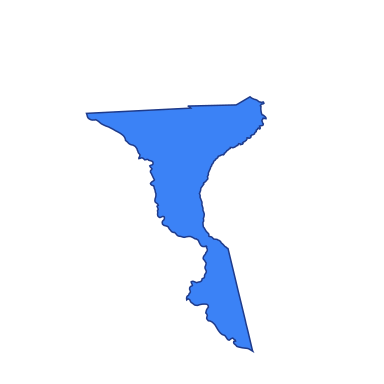 Nova Esperança do Piriá, Pará, Brazil, rotated 299°
{"feature_id": "56859067B92055501543930", "entity_name": "Nova Esperança do Piriá", "entity_type": "district", "adm_level": 2, "iso_a3": "BRA", "parent_name": "Brazil", "parent_adm1": "Pará", "projection": "robinson", "projection_center": [-46.972, -2.395], "detail": "fine", "context": "isolated", "style": "filled", "palette": "blue", "viewbox_px": 384, "rotation_deg": 299, "n_neighbors": 0, "source": "geoboundaries", "source_scale": "gbopen_adm2", "svg_char_len": 6074}
<svg xmlns="http://www.w3.org/2000/svg" viewBox="0 0 384 384"><g transform="rotate(299 192 192)"><path d="M265.1,146.6L265.4,148.6L264.8,150.3L242.4,114.3L212.8,66.7L209.6,61.6L209.0,62.3L208.3,63.0L207.2,64.0L206.4,65.2L206.1,66.5L206.1,67.4L206.2,68.7L206.6,69.9L207.5,71.4L208.0,72.3L208.6,72.7L208.6,74.1L208.5,75.4L208.3,76.7L207.9,78.5L207.7,79.7L207.8,82.6L208.0,85.0L208.3,86.4L208.5,88.0L208.5,89.5L208.6,92.4L208.5,95.9L208.6,97.3L208.6,100.5L208.5,101.5L208.3,103.1L208.0,104.6L207.7,105.4L207.2,106.4L206.8,107.0L205.9,108.1L205.0,108.7L204.6,110.1L204.5,111.1L203.8,113.1L203.7,114.6L203.8,115.7L204.4,117.7L204.4,119.5L204.3,120.4L203.1,123.0L202.3,123.6L201.8,124.4L201.1,125.2L200.5,125.8L200.1,126.5L199.9,127.2L199.4,128.3L198.8,128.7L197.5,129.0L196.5,128.9L195.5,129.3L196.2,130.3L197.0,130.8L197.6,131.7L197.8,133.0L197.2,135.1L198.1,136.2L198.8,136.9L199.1,137.9L198.8,138.9L199.0,139.7L199.4,141.2L199.5,142.3L199.2,143.3L197.9,144.2L196.9,144.3L196.0,143.6L195.3,142.9L194.4,142.4L193.7,143.3L193.4,144.5L192.8,145.8L191.8,145.8L190.9,145.4L190.1,145.5L189.1,146.2L188.6,147.2L188.2,147.9L187.7,148.4L187.2,149.2L185.8,151.1L184.4,153.2L183.7,153.2L181.3,151.9L179.4,151.5L178.8,152.1L178.5,153.3L178.6,154.6L178.9,155.3L177.9,156.5L176.7,157.4L176.1,158.4L173.7,160.4L173.0,161.4L171.9,161.8L171.4,162.2L169.9,162.7L168.2,163.0L166.5,163.7L165.5,164.5L165.2,165.6L164.9,167.7L164.0,169.0L162.6,168.3L161.5,169.7L161.1,170.3L160.2,171.0L159.3,170.7L158.6,171.1L157.4,172.0L155.9,172.6L155.2,173.1L154.5,173.7L154.2,174.5L154.0,175.5L154.1,176.3L154.7,176.9L155.3,177.3L156.1,177.9L156.6,178.5L156.8,179.7L156.2,180.3L155.2,180.8L154.0,180.9L152.9,180.5L151.9,180.4L150.7,180.8L149.5,181.9L149.2,183.7L149.4,184.4L149.7,185.6L150.0,187.2L149.9,188.1L148.6,190.2L148.1,191.8L147.7,192.6L147.4,193.7L147.6,195.3L148.2,196.3L148.0,197.1L147.5,198.7L146.9,200.2L146.9,201.3L147.1,202.2L147.7,203.7L148.2,206.1L148.6,207.2L149.1,207.8L150.0,208.7L151.6,210.8L152.1,211.8L152.4,212.5L152.6,214.9L152.5,217.6L153.1,218.3L152.9,219.9L152.9,220.8L151.2,223.0L150.1,224.7L149.7,225.4L149.4,226.8L149.5,227.7L150.1,229.1L150.8,229.8L151.6,230.6L151.3,231.4L150.3,231.6L150.0,232.4L149.0,233.4L147.7,233.8L146.7,233.8L145.7,233.5L145.0,233.8L144.3,233.8L141.7,233.4L140.5,233.5L139.4,233.9L138.8,234.5L138.5,235.3L138.2,236.2L137.1,238.1L136.8,238.8L135.7,239.2L134.7,239.5L133.9,239.6L132.7,239.7L131.6,240.4L131.1,241.0L130.4,242.0L129.8,242.8L128.8,243.3L127.4,243.4L126.5,243.2L125.6,243.3L124.6,243.6L123.7,244.2L122.8,244.2L122.1,243.7L121.0,242.9L119.5,243.4L118.6,243.3L117.8,242.9L117.1,242.3L116.3,241.2L115.0,240.1L114.8,238.8L114.6,236.9L114.4,236.1L113.9,235.4L112.9,234.8L112.1,235.7L111.2,237.0L110.4,237.7L109.5,237.2L108.6,236.5L107.1,236.4L105.8,237.0L105.1,237.9L103.9,239.0L103.0,239.2L101.9,238.8L100.6,239.0L99.9,239.0L98.8,238.4L97.9,238.3L96.7,238.6L96.0,239.0L95.1,239.7L96.7,240.4L96.7,242.2L95.5,243.8L95.0,244.8L94.9,246.3L94.7,247.5L94.5,248.7L94.5,249.5L95.4,251.7L96.0,252.3L96.7,252.9L97.4,253.6L98.9,255.4L99.4,256.2L100.0,257.2L100.5,258.2L100.9,259.1L101.0,259.9L100.6,261.2L99.9,261.6L99.3,262.2L97.7,261.9L96.7,261.9L95.7,261.9L92.9,262.7L92.5,264.0L91.6,265.2L90.8,265.4L89.6,265.7L88.7,266.0L88.1,266.7L87.3,268.7L88.0,270.6L88.0,272.8L87.8,273.7L87.3,275.6L86.9,276.6L86.5,277.3L84.1,281.4L83.4,282.8L82.9,284.0L82.4,285.3L82.2,286.3L82.0,287.5L82.3,289.4L82.4,290.2L81.9,291.5L80.5,294.2L80.2,295.4L80.5,296.4L83.0,297.5L84.0,298.5L83.5,300.4L83.5,301.5L82.7,302.4L81.6,301.0L80.5,301.4L79.8,302.2L79.3,304.5L78.7,306.1L79.0,307.7L79.7,310.2L80.3,312.0L81.9,315.9L82.3,317.2L82.3,319.5L82.2,322.4L82.8,321.6L96.9,308.8L99.7,306.2L103.3,302.8L105.4,301.0L115.4,291.8L117.7,289.7L121.7,286.0L124.3,283.6L125.5,282.5L127.0,281.1L134.9,273.9L144.3,265.3L149.2,260.8L155.2,255.3L160.0,250.9L160.0,249.5L160.3,248.7L160.3,247.2L161.2,244.7L161.8,242.0L162.6,240.9L162.8,239.0L162.6,238.0L162.7,236.9L162.1,235.5L161.8,234.8L161.4,233.9L161.7,232.7L162.1,231.7L162.1,230.2L161.6,229.0L161.6,228.0L162.6,227.6L163.4,227.0L163.7,226.2L164.3,224.1L164.7,223.1L166.6,219.9L167.0,218.8L169.1,217.3L170.7,216.3L172.2,216.3L173.6,215.4L174.2,214.8L176.3,214.4L178.1,213.7L179.0,213.1L180.4,211.6L181.3,210.4L182.7,209.7L183.3,209.3L185.7,206.8L187.4,206.0L188.4,205.2L188.9,204.4L190.1,203.1L191.0,201.9L191.7,201.3L192.3,201.2L193.0,200.7L194.4,199.1L195.3,199.2L196.1,198.9L197.1,198.9L199.6,197.9L202.3,198.2L204.7,198.5L205.1,197.8L205.9,197.8L206.4,198.3L207.9,198.8L208.5,199.0L210.1,199.2L210.7,199.5L211.7,199.2L213.0,198.0L215.1,198.0L216.0,197.3L217.1,197.0L220.3,196.7L221.2,196.7L223.1,196.2L224.4,196.5L225.7,196.0L226.9,196.4L228.3,196.4L229.3,196.1L231.3,196.9L232.1,196.7L232.8,197.2L234.6,197.9L235.9,197.6L236.8,198.4L237.3,199.0L238.3,199.5L239.5,200.7L239.7,201.5L240.5,201.8L241.4,201.4L242.5,202.1L243.4,202.2L244.2,202.5L245.0,202.4L246.0,203.1L246.8,203.3L247.6,203.6L248.6,204.3L249.5,203.9L250.3,205.4L250.5,206.3L252.0,207.6L253.1,208.2L254.4,208.7L254.8,209.4L256.9,209.4L257.5,211.0L256.9,211.4L258.4,213.0L259.2,213.1L259.6,212.4L261.0,213.0L261.7,213.7L262.7,213.9L263.5,214.4L265.1,214.4L266.1,213.9L266.6,214.9L266.5,215.7L267.3,216.5L267.9,216.8L268.9,216.9L269.5,216.1L270.2,216.5L270.9,216.7L271.7,217.6L273.1,218.5L274.1,218.2L275.1,218.4L275.9,218.9L276.6,218.6L277.2,218.2L278.6,219.0L279.3,218.7L280.1,219.0L280.2,219.8L280.0,220.7L280.7,220.8L281.4,220.4L281.9,219.6L282.4,219.1L283.1,219.8L283.7,220.6L284.6,221.6L285.4,221.6L286.2,221.3L286.4,220.6L287.4,219.6L288.0,218.7L288.8,218.3L289.6,218.7L290.8,218.3L291.3,218.9L291.5,220.1L292.0,221.2L292.6,220.9L293.2,219.9L293.6,218.1L293.8,217.1L293.5,216.0L294.3,214.8L295.9,213.4L298.0,211.9L300.3,210.8L300.5,210.0L302.4,210.1L303.6,211.5L304.5,211.9L305.3,210.8L304.7,209.9L303.9,209.2L303.8,208.0L303.5,207.3L303.5,206.2L303.8,205.0L303.8,204.2L303.7,202.9L303.3,201.6L303.1,199.6L303.1,198.3L303.4,196.6L291.0,189.3L289.5,188.3L273.0,160.1L272.3,158.9L269.8,154.7L265.1,146.6Z" fill="#3b82f6" stroke="#1e3a8a" stroke-width="1.5"/></g></svg>